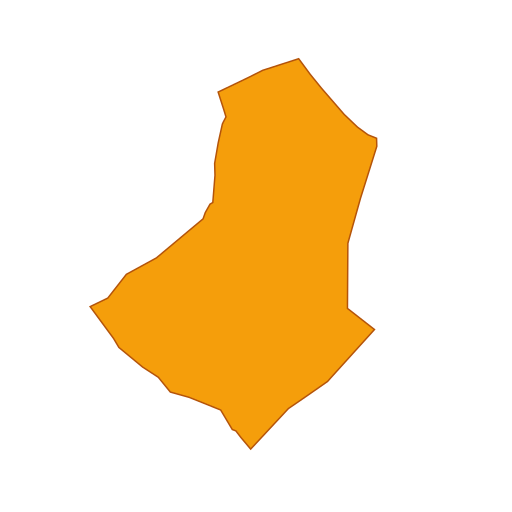 outline of San Mateo Nejápam, Guerrero, Mexico, rotated 236°
{"feature_id": "50627088B80883167871342", "entity_name": "San Mateo Nejápam", "entity_type": "district", "adm_level": 2, "iso_a3": "MEX", "parent_name": "Mexico", "parent_adm1": "Guerrero", "projection": "robinson", "projection_center": [-98.41, 17.646], "detail": "fine", "context": "isolated", "style": "filled", "palette": "amber", "viewbox_px": 512, "rotation_deg": 236, "n_neighbors": 0, "source": "geoboundaries", "source_scale": "gbopen_adm2", "svg_char_len": 922}
<svg xmlns="http://www.w3.org/2000/svg" viewBox="0 0 512 512"><g transform="rotate(236 256 256)"><path d="M128.8,313.1L161.4,302.5L196.8,326.7L215.2,339.3L245.5,375.0L279.3,417.4L280.0,417.9L280.2,418.0L286.2,421.8L293.7,416.7L295.8,415.9L296.1,415.8L306.1,412.2L321.7,408.8L323.8,408.3L357.7,404.2L358.0,404.2L358.5,404.1L376.6,402.5L388.9,402.0L395.7,401.7L406.2,365.4L408.2,349.7L413.1,316.3L406.6,314.4L394.9,311.0L394.6,310.9L391.0,309.8L390.4,309.6L388.1,308.9L385.4,303.9L384.2,301.9L370.9,287.9L356.1,273.7L355.9,273.5L345.8,267.1L324.5,250.1L324.7,246.9L320.4,238.3L316.4,232.9L314.5,214.5L310.2,173.1L310.1,172.8L310.1,172.6L313.3,138.3L304.0,109.6L306.8,90.2L267.3,91.8L256.8,91.2L227.3,99.9L210.1,107.2L191.1,108.9L176.5,121.3L148.1,140.6L125.4,139.3L122.3,141.5L114.0,142.0L98.9,143.6L111.4,197.6L111.6,222.4L112.0,245.3L113.1,249.5L128.8,313.1Z" fill="#f59e0b" stroke="#b45309" stroke-width="1.5"/></g></svg>